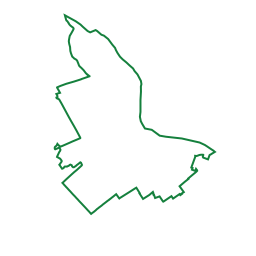 outline of Copaceni, Giurgiu, Romania, rotated 195°
{"feature_id": "2599482B89943815520443", "entity_name": "Copaceni", "entity_type": "district", "adm_level": 2, "iso_a3": "ROU", "parent_name": "Romania", "parent_adm1": "Giurgiu", "projection": "mercator", "projection_center": [26.1, 44.268], "detail": "fine", "context": "isolated", "style": "outline", "palette": "green", "viewbox_px": 256, "rotation_deg": 195, "n_neighbors": 0, "source": "geoboundaries", "source_scale": "gbopen_adm2", "svg_char_len": 4228}
<svg xmlns="http://www.w3.org/2000/svg" viewBox="0 0 256 256"><g transform="rotate(195 128 128)"><path d="M218.1,220.5L216.9,218.4L216.0,216.9L215.4,216.0L215.1,215.8L214.9,215.7L214.3,215.5L213.8,215.1L213.6,214.9L212.9,214.2L212.7,214.2L212.2,213.6L212.0,213.4L211.5,212.9L211.3,212.8L210.9,212.5L209.9,211.9L209.6,211.8L208.7,211.4L207.4,210.9L207.2,210.8L206.8,210.6L206.4,210.1L206.2,209.7L206.3,208.9L206.5,207.9L207.4,204.4L207.9,202.6L208.1,201.9L208.0,200.1L207.8,197.7L207.6,196.4L206.8,194.6L206.7,194.4L206.3,193.6L204.9,191.2L204.2,189.1L203.6,187.4L203.2,186.8L202.6,185.7L200.9,183.3L200.4,182.6L199.8,182.2L199.0,181.9L198.2,181.3L196.4,180.8L195.7,180.6L195.0,180.2L194.4,179.7L194.2,179.4L192.6,177.3L191.8,176.1L191.6,175.9L191.1,175.3L190.5,175.0L190.1,174.7L189.9,174.6L188.8,174.1L187.3,173.2L185.9,172.4L184.0,170.9L183.5,170.5L183.0,170.1L181.4,169.3L179.8,168.6L180.1,168.5L179.9,168.4L179.5,168.1L179.0,167.7L185.8,163.1L185.9,162.9L192.3,158.8L198.6,155.0L198.8,154.9L204.1,151.2L207.0,148.9L207.0,148.7L205.0,146.7L204.7,146.4L202.8,144.4L204.7,143.2L205.7,142.5L206.0,142.3L204.7,141.0L204.3,140.1L204.1,139.6L204.6,139.2L205.0,138.9L204.8,138.6L204.6,138.3L203.3,138.1L201.9,137.8L198.6,134.5L188.2,123.5L185.1,120.3L180.6,115.8L177.2,112.3L171.7,106.4L171.5,106.0L171.5,105.8L176.9,101.6L177.3,101.3L178.2,100.6L180.4,98.8L186.4,94.0L188.4,92.5L190.1,93.2L190.8,93.5L192.1,94.4L192.2,93.8L192.3,93.5L192.3,93.3L192.4,92.7L192.8,92.0L193.5,91.1L193.7,90.5L193.6,89.6L193.2,88.8L192.8,88.6L190.4,90.4L189.6,91.2L188.8,90.8L187.7,89.7L187.6,89.2L187.7,88.2L188.1,87.3L188.4,85.8L188.9,83.0L189.1,81.8L189.1,81.7L185.6,80.8L185.1,80.4L183.7,79.3L183.5,78.9L183.4,78.4L183.7,77.7L184.5,75.4L184.8,74.7L184.5,74.5L182.9,73.1L181.1,71.6L180.4,72.1L179.8,72.8L179.5,73.7L179.4,73.9L179.2,74.3L178.9,74.4L177.8,74.8L177.0,74.9L176.5,75.4L175.5,76.1L175.1,76.7L174.8,77.2L174.4,77.5L174.2,77.7L173.4,77.6L173.0,77.5L172.8,77.4L172.7,77.4L172.1,76.5L171.0,75.9L170.4,76.0L170.1,76.1L168.5,77.9L167.9,78.9L166.7,80.4L165.2,82.5L164.4,82.3L162.9,80.4L163.2,79.5L164.8,77.0L166.6,74.2L168.6,71.4L170.5,68.5L174.4,62.4L176.9,58.3L177.1,58.0L176.1,57.4L175.3,56.8L175.0,56.6L173.2,55.5L172.5,55.0L172.1,54.8L171.6,54.5L168.8,52.7L167.3,51.8L165.8,50.8L164.1,49.7L161.4,48.1L159.9,47.1L157.9,45.9L156.9,45.2L155.3,44.2L154.3,43.6L154.1,43.5L151.7,42.0L149.1,40.4L147.2,39.2L146.4,38.7L145.5,38.1L144.3,37.4L143.8,37.1L143.4,36.8L142.7,36.3L142.3,36.1L141.8,35.8L141.7,35.7L141.4,35.5L141.1,35.9L140.9,36.2L140.8,36.3L140.6,36.6L140.3,37.0L139.9,37.4L139.4,38.0L139.0,38.6L138.9,38.7L138.5,39.3L138.1,39.8L137.5,40.8L137.2,41.3L137.0,41.6L135.9,43.0L135.2,44.0L134.6,44.7L133.9,45.6L133.2,46.5L133.0,46.8L132.5,47.6L131.7,48.6L130.8,49.8L130.3,50.4L129.6,51.4L129.4,51.7L129.2,51.8L129.0,52.1L128.9,52.3L128.7,52.5L128.5,52.8L127.9,53.5L127.7,53.8L127.5,54.1L127.4,54.1L127.2,54.5L126.9,54.8L126.0,56.0L125.3,57.0L125.1,57.2L124.5,58.0L122.9,60.2L122.8,60.3L122.5,60.7L122.3,61.0L120.9,59.9L118.5,57.9L118.4,57.8L118.2,57.7L118.1,57.9L117.7,58.3L116.2,59.9L108.7,68.0L105.6,71.4L104.9,72.1L104.5,72.5L99.8,68.1L100.0,67.8L95.1,63.4L90.1,68.8L87.4,72.7L86.8,71.9L87.1,71.6L86.0,70.0L85.6,70.2L83.7,67.4L79.8,70.1L75.1,66.0L74.8,66.0L68.4,73.4L66.2,71.5L61.1,77.5L60.1,76.7L58.9,78.2L59.3,78.5L57.5,80.5L63.1,85.1L59.1,90.9L56.4,94.5L56.8,94.8L54.0,98.8L51.2,102.7L50.5,103.8L50.1,104.6L50.2,104.8L50.4,105.1L51.7,106.1L51.9,104.0L55.4,104.3L55.3,106.1L56.6,106.2L55.6,117.6L55.9,118.5L54.5,118.7L53.4,119.4L52.1,120.4L50.5,121.1L48.5,121.6L48.3,121.5L48.3,119.5L47.7,118.9L42.6,118.4L42.2,122.9L41.9,123.3L41.1,124.0L40.4,124.8L37.9,127.4L38.6,127.7L39.5,128.2L41.4,128.8L47.5,130.9L48.8,131.3L49.4,131.5L55.1,132.5L73.3,131.8L89.0,129.4L95.4,128.8L104.6,132.4L111.5,131.9L115.4,135.7L117.4,137.9L119.4,141.9L120.1,146.7L123.2,158.3L124.9,166.5L126.3,171.4L126.4,173.9L127.7,176.8L132.7,182.2L136.4,184.7L138.5,186.8L142.6,188.8L146.5,190.9L150.9,192.9L154.2,194.8L157.5,197.7L159.9,200.2L161.2,202.0L164.8,204.5L170.2,208.8L175.2,211.0L177.8,211.2L182.9,213.7L184.6,214.2L189.3,210.6L192.1,211.2L197.9,214.1L200.6,215.6L206.2,217.6L212.7,219.2L218.1,220.5Z" fill="none" stroke="#15803d" stroke-width="2"/></g></svg>